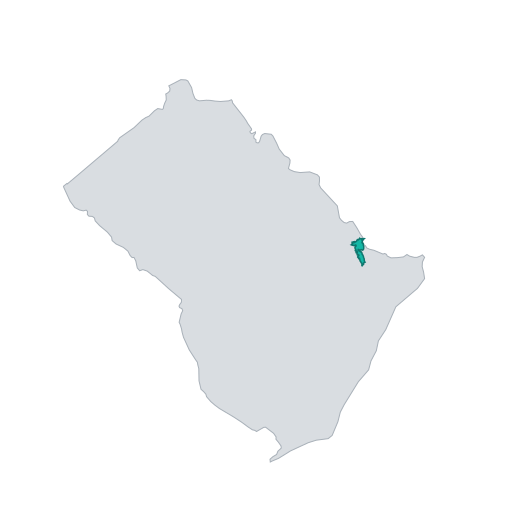 Afadzato South, Volta, Ghana shown in context, rotated 320°
{"feature_id": "2480657B45105521184723", "entity_name": "Afadzato South", "entity_type": "district", "adm_level": 2, "iso_a3": "GHA", "parent_name": "Ghana", "parent_adm1": "Volta", "projection": "albers", "projection_center": [0.395, 6.876], "detail": "fine", "context": "in_parent", "style": "filled", "palette": "teal", "viewbox_px": 512, "rotation_deg": 320, "n_neighbors": 0, "source": "geoboundaries", "source_scale": "gbopen_adm2", "svg_char_len": 6377}
<svg xmlns="http://www.w3.org/2000/svg" viewBox="0 0 512 512"><g transform="rotate(320 256 256)"><path d="M311.8,72.6L315.5,76.1L316.3,78.1L314.9,85.6L312.2,90.9L310.5,95.9L310.8,98.3L312.4,100.8L318.0,104.7L320.8,107.2L324.2,111.0L328.1,114.8L334.8,119.6L337.6,120.5L337.5,121.9L336.5,123.7L335.9,141.9L335.4,146.6L334.9,148.9L334.3,155.7L333.6,156.7L332.3,156.6L331.2,156.8L330.9,158.2L331.4,159.6L335.4,160.6L334.5,161.6L331.5,162.5L330.1,164.5L330.7,166.9L329.1,168.7L329.6,170.0L330.6,170.9L332.3,170.6L337.0,167.5L339.0,167.1L341.4,167.8L345.9,172.5L346.1,174.9L344.3,182.9L342.5,189.0L342.2,197.3L344.1,201.9L343.8,204.4L341.7,206.6L337.1,209.8L337.5,211.9L339.6,216.0L343.5,220.5L351.2,226.1L355.2,233.3L355.3,236.3L352.9,239.3L350.2,241.8L349.3,245.5L350.5,269.9L344.5,280.4L344.4,283.5L345.0,287.0L346.6,289.1L349.7,289.7L352.3,291.7L351.4,299.1L350.0,306.7L349.8,310.3L349.1,312.1L346.7,313.5L345.8,315.9L346.4,318.8L346.0,321.0L347.3,323.8L350.0,327.4L354.5,336.1L356.2,336.8L357.0,338.6L356.5,340.4L358.2,344.2L363.2,348.1L368.4,351.5L372.6,351.9L373.6,354.9L376.4,358.8L378.4,360.5L381.6,361.6L384.2,362.1L384.3,365.4L379.6,367.6L376.4,371.0L374.0,376.1L370.6,381.7L358.9,384.6L354.5,384.6L330.5,384.8L308.1,395.8L295.2,399.7L287.3,405.9L276.6,410.3L269.1,415.6L253.6,418.1L228.2,426.5L220.2,429.8L212.2,435.6L199.0,442.4L193.9,442.3L183.7,435.8L176.0,432.6L157.2,427.5L143.2,425.5L136.4,423.4L134.5,423.0L136.1,420.7L140.1,420.6L144.2,421.3L147.3,419.6L151.9,419.4L153.1,417.5L153.5,412.9L153.5,409.2L155.1,407.5L155.5,403.1L153.3,393.3L151.7,392.2L143.6,390.8L143.0,388.8L141.5,386.8L140.0,381.7L138.2,374.2L135.4,364.9L130.0,349.5L128.7,344.1L127.8,338.6L127.7,332.0L128.8,329.6L128.7,326.2L128.2,322.8L132.1,315.0L139.8,305.5L141.4,302.1L142.8,299.7L143.1,296.3L144.5,285.1L148.2,271.7L150.5,266.7L152.1,264.0L154.0,259.5L154.5,257.4L161.5,252.2L164.7,250.8L165.4,248.7L164.3,246.4L164.8,244.9L166.5,244.1L169.1,243.5L171.0,241.4L168.1,224.8L165.9,208.2L165.7,206.8L164.3,204.5L163.0,197.7L160.6,193.7L157.4,192.5L157.4,188.8L160.8,182.4L161.6,178.7L160.1,177.6L159.9,174.7L161.0,170.0L160.5,167.1L159.9,164.1L156.5,156.8L155.7,151.7L157.5,148.7L157.5,142.2L155.7,132.1L155.4,125.7L156.7,123.0L156.1,120.5L153.6,118.1L153.5,115.8L155.6,113.5L155.4,111.7L152.7,110.4L150.4,107.3L148.3,102.4L148.8,94.5L152.8,80.0L153.4,78.8L157.8,78.9L157.8,79.5L171.8,79.5L187.7,79.4L206.7,79.3L223.9,79.2L224.7,78.6L227.6,77.8L245.0,79.3L255.9,78.6L260.5,79.1L263.9,80.1L271.5,79.5L275.5,79.9L278.5,83.5L279.7,83.5L281.4,82.0L284.4,80.2L287.5,78.8L289.7,76.0L291.0,73.9L293.0,74.3L295.9,74.2L297.8,72.4L298.6,69.6L311.8,72.6Z" fill="#d9dde1" stroke="#a8b0b8" stroke-width="1"/><path d="M336.5,309.3L336.6,309.5L336.8,309.8L337.0,310.0L337.3,310.3L337.3,310.5L337.5,310.7L337.6,310.8L337.8,311.0L338.0,311.0L338.3,311.4L338.6,311.4L339.0,311.6L339.4,311.6L339.5,311.8L339.5,312.0L339.3,312.3L339.2,312.6L338.9,312.7L338.6,312.7L338.3,312.7L338.1,312.7L337.6,313.0L337.4,313.0L337.2,313.4L337.0,313.5L336.8,313.9L336.7,314.2L336.7,314.3L336.6,314.5L336.7,314.8L336.7,315.0L336.5,315.3L336.4,315.3L336.0,315.4L336.0,315.6L335.9,315.7L335.6,315.6L335.5,315.8L335.5,316.0L335.8,316.2L335.8,316.3L335.8,316.5L336.0,316.6L336.1,316.8L335.8,317.0L335.6,317.0L335.4,317.2L335.5,317.2L335.5,317.3L335.4,317.4L335.3,317.5L335.2,317.5L335.1,317.9L335.1,318.0L335.4,318.2L335.5,318.1L335.8,318.0L336.0,317.9L336.2,318.0L335.8,318.5L335.6,318.5L335.4,318.7L335.1,318.8L334.9,319.2L334.7,319.3L334.6,319.6L334.7,319.8L334.5,320.2L334.4,320.2L334.3,320.3L334.4,320.5L334.7,320.6L335.1,320.7L335.5,320.7L335.8,320.8L335.7,320.8L335.5,321.0L335.4,321.1L335.4,321.3L335.4,321.5L335.1,321.7L334.9,321.6L334.7,321.6L334.4,321.6L334.2,321.7L333.8,321.8L333.9,322.1L334.0,322.1L333.9,322.1L333.7,322.4L333.6,322.5L333.7,322.3L333.5,322.2L333.3,322.3L333.4,322.5L333.2,322.5L333.2,322.8L333.3,322.8L333.5,322.9L333.5,323.0L333.5,323.4L333.5,323.7L333.5,323.9L333.3,324.1L333.0,324.2L333.0,324.3L333.1,324.5L333.6,324.7L333.4,325.0L333.1,325.7L333.1,325.8L333.0,326.0L332.7,326.3L332.6,326.6L332.5,326.9L332.5,327.0L332.5,328.2L332.3,328.4L332.2,328.8L332.4,329.5L332.3,329.8L332.0,330.2L332.0,330.3L331.8,330.5L331.5,330.8L331.4,330.9L331.0,331.3L331.0,331.7L332.8,331.4L333.0,331.5L333.1,331.4L333.3,331.3L333.3,331.2L333.9,330.6L334.2,330.6L334.3,330.6L334.6,330.4L334.8,330.5L335.0,330.6L335.5,330.8L335.5,330.7L336.1,328.9L337.0,327.8L337.4,326.5L337.5,326.2L338.1,325.2L338.4,323.8L338.4,323.7L338.4,323.4L338.5,323.4L338.5,323.1L338.5,322.9L338.6,322.6L338.9,322.2L339.0,322.0L339.1,321.8L339.3,320.6L339.1,320.5L339.1,320.3L339.0,320.1L338.8,320.0L338.8,319.9L338.7,319.8L338.7,319.4L338.4,318.8L338.3,318.3L338.1,317.9L338.2,317.7L337.9,317.5L337.9,317.4L338.1,317.2L338.3,317.1L338.3,316.9L338.5,316.7L338.8,316.9L338.9,317.3L339.0,317.6L339.2,317.8L339.4,318.1L339.6,318.4L339.7,318.6L340.7,318.7L340.8,318.8L340.8,319.1L340.9,319.4L341.1,319.5L341.3,319.6L341.3,319.8L341.5,320.1L341.8,320.1L342.0,320.1L343.0,319.8L343.8,318.9L344.7,317.9L345.0,317.0L345.9,315.8L346.0,315.7L345.8,315.4L346.0,315.0L346.0,314.9L345.8,314.6L346.0,314.4L345.9,314.3L345.8,314.2L345.8,313.9L346.0,313.9L346.5,313.6L346.6,313.3L346.7,313.1L347.1,312.8L347.3,312.7L347.5,312.7L348.5,312.3L349.0,312.5L349.1,312.4L349.4,312.2L349.5,312.2L350.0,312.2L349.8,312.0L349.7,311.9L349.4,311.9L349.0,311.7L349.0,311.8L348.8,311.8L348.6,311.7L348.7,311.4L348.6,311.0L348.4,311.0L348.1,310.7L347.8,310.6L347.6,310.7L347.7,310.4L347.6,310.1L347.0,309.7L346.5,309.5L346.5,309.4L346.4,309.5L346.1,309.5L345.9,309.3L345.7,309.3L345.3,309.3L345.2,309.3L344.9,309.4L344.7,309.4L344.6,309.2L344.8,309.1L344.8,308.9L344.6,308.8L344.4,308.7L344.1,308.8L343.8,308.7L343.7,308.7L343.4,308.8L343.2,309.0L342.8,309.1L342.6,309.3L342.4,309.3L342.0,309.3L341.5,309.1L341.4,309.0L341.2,309.0L340.9,309.0L340.7,309.1L340.4,308.9L340.6,308.6L340.7,308.3L340.5,308.2L340.4,308.3L340.4,308.2L340.2,308.1L339.7,307.7L339.3,307.7L339.1,307.8L339.1,307.7L338.9,307.6L338.7,307.5L338.6,307.4L338.5,307.5L338.5,307.4L338.4,307.4L338.4,307.5L338.3,307.8L338.3,307.7L338.2,307.8L338.3,307.9L338.2,308.0L338.4,308.0L338.2,308.1L337.9,308.1L337.8,308.5L338.0,308.6L337.7,308.7L337.4,308.5L337.2,308.6L336.9,308.6L337.0,308.8L336.9,308.8L336.7,309.2L336.8,309.3L336.7,309.4L336.5,309.3Z" fill="#14b8a6" stroke="#0f766e" stroke-width="1.5"/></g></svg>